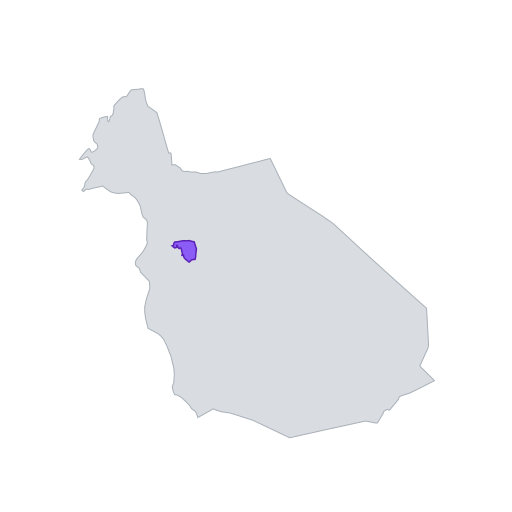 Bérmo, Maradi, Niger shown in context, rotated 75°
{"feature_id": "23599985B15241034776795", "entity_name": "Bérmo", "entity_type": "district", "adm_level": 2, "iso_a3": "NER", "parent_name": "Niger", "parent_adm1": "Maradi", "projection": "albers", "projection_center": [6.974, 15.013], "detail": "fine", "context": "in_parent", "style": "filled", "palette": "violet", "viewbox_px": 512, "rotation_deg": 75, "n_neighbors": 0, "source": "geoboundaries", "source_scale": "gbopen_adm2", "svg_char_len": 3944}
<svg xmlns="http://www.w3.org/2000/svg" viewBox="0 0 512 512"><g transform="rotate(75 256 256)"><path d="M397.0,354.0L392.6,354.2L390.0,355.1L386.9,357.7L383.3,358.8L378.9,361.1L376.2,362.9L373.6,364.4L370.1,367.8L369.0,370.4L365.4,371.0L360.4,370.7L357.1,368.2L349.7,365.7L344.9,364.7L342.6,364.4L331.3,364.1L319.3,365.4L313.2,366.7L312.1,367.0L308.6,368.7L305.8,370.6L298.0,379.0L287.7,378.8L281.6,378.0L276.4,376.7L269.0,372.9L260.0,367.0L256.5,366.2L253.4,365.8L252.4,365.8L241.6,371.8L239.6,371.7L237.0,372.3L235.3,373.8L234.1,374.5L232.8,374.6L231.1,374.3L229.5,373.4L227.8,371.8L223.4,365.2L222.5,364.1L220.6,362.1L217.4,359.1L215.3,357.6L214.0,357.3L212.4,357.5L203.8,354.9L195.2,352.1L193.3,352.4L192.0,353.0L189.0,355.0L185.5,355.3L181.0,355.1L178.6,354.8L174.6,355.5L172.0,356.2L168.5,357.6L164.0,361.3L162.7,361.8L161.7,362.4L160.0,372.6L158.8,375.7L156.4,379.8L151.9,383.6L148.8,385.9L148.7,389.1L148.4,394.3L148.3,397.9L148.5,400.2L147.9,401.3L147.7,402.3L147.9,403.9L148.6,404.6L149.0,405.6L148.7,406.3L147.2,407.2L145.7,404.9L143.6,403.2L141.4,402.4L139.9,401.2L139.1,399.5L136.2,396.3L129.5,389.8L128.8,389.6L127.7,389.3L125.8,390.0L124.6,391.1L123.8,391.5L122.5,391.5L119.2,392.2L116.6,393.2L116.6,394.1L117.7,398.9L117.0,401.5L115.9,400.3L112.3,395.3L109.8,391.7L109.4,390.8L109.0,389.6L109.3,389.1L110.3,388.7L112.7,388.3L113.1,387.9L113.3,386.9L112.9,385.1L111.7,382.5L110.4,380.8L109.6,380.5L108.2,380.4L106.7,380.6L103.7,382.6L102.4,382.9L99.5,382.7L96.8,382.2L95.3,381.1L90.6,377.0L85.4,372.6L83.2,371.9L82.7,371.4L82.4,368.1L82.6,364.2L82.9,363.2L85.1,363.9L87.5,364.2L88.2,363.5L86.4,362.1L83.7,360.6L82.8,358.4L82.0,357.6L80.9,356.8L79.5,356.4L78.1,355.7L77.2,355.1L75.6,354.8L74.0,354.3L71.7,350.7L69.5,347.3L68.2,344.5L67.8,342.9L68.5,340.2L67.9,339.1L65.4,336.3L63.3,333.6L63.9,329.6L64.5,326.3L64.6,324.2L64.9,323.1L65.3,321.7L66.7,321.4L70.3,321.5L77.4,322.3L83.0,321.8L83.4,321.7L87.4,318.2L92.0,314.6L98.6,314.4L105.8,314.2L111.4,314.1L119.6,314.0L126.3,313.9L134.0,313.7L134.2,312.0L134.7,311.6L135.5,311.6L141.1,312.6L146.4,313.6L146.9,310.3L151.6,306.3L154.2,305.5L154.9,304.8L155.7,303.5L156.3,301.4L156.5,299.9L157.5,298.6L158.3,296.3L159.3,292.3L162.0,288.1L163.5,282.4L163.8,276.9L164.2,272.7L165.0,271.8L165.0,264.4L165.1,256.8L165.2,250.5L165.2,242.6L165.3,235.7L165.4,228.2L165.4,221.4L165.5,217.0L170.8,216.0L176.2,214.9L184.3,213.4L192.9,211.7L202.4,209.9L204.5,208.7L211.7,202.3L214.9,199.4L221.3,193.6L226.2,189.2L232.4,183.5L239.0,177.8L244.3,173.3L252.5,168.1L264.9,160.2L277.3,152.4L289.6,144.5L301.9,136.6L314.1,128.7L326.3,120.7L338.5,112.8L350.6,104.8L363.1,107.4L374.9,109.9L386.8,112.4L389.6,113.8L396.1,119.2L404.4,126.0L404.7,126.0L405.1,126.1L412.7,121.6L422.6,115.9L425.7,130.4L428.2,142.9L428.6,151.0L428.8,153.1L429.6,154.5L431.6,155.8L439.5,167.1L438.0,169.2L439.3,172.8L441.3,174.3L447.8,181.0L448.7,182.3L448.4,183.4L444.3,191.7L443.7,193.8L443.2,204.2L442.9,211.6L442.4,221.7L441.8,233.9L441.4,244.1L440.8,257.7L440.3,270.5L434.1,277.8L423.2,290.6L414.2,301.1L409.7,308.0L401.0,321.6L397.2,330.3L394.1,334.9L392.6,336.8L394.2,343.1L397.0,354.0Z" fill="#d9dde1" stroke="#a8b0b8" stroke-width="1"/><path d="M222.0,327.7L221.5,331.1L222.4,331.9L222.9,332.2L223.6,332.5L224.3,333.0L224.5,333.4L224.5,334.3L225.1,333.8L225.6,333.7L227.2,332.4L227.2,330.6L227.1,330.3L226.4,330.1L225.3,329.9L225.3,329.4L226.9,329.2L227.9,328.9L229.0,328.3L229.0,328.1L228.6,327.4L228.7,326.8L229.1,326.3L233.4,326.5L234.2,326.5L234.8,326.4L235.0,326.4L236.0,327.4L236.3,327.4L236.4,326.9L236.2,326.1L236.5,325.8L237.9,326.0L239.1,325.8L240.0,325.4L241.2,324.8L241.6,324.3L242.1,323.9L243.2,323.3L244.1,322.6L244.6,322.0L243.1,319.4L243.0,318.9L243.2,317.9L243.4,316.2L243.5,315.7L241.1,314.5L237.3,313.2L235.6,312.4L233.7,311.7L233.1,311.7L232.8,311.7L230.3,311.9L226.4,312.0L225.4,313.8L223.8,316.6L223.4,319.0L222.3,322.7L222.0,327.7Z" fill="#8b5cf6" stroke="#5b21b6" stroke-width="1.5"/></g></svg>